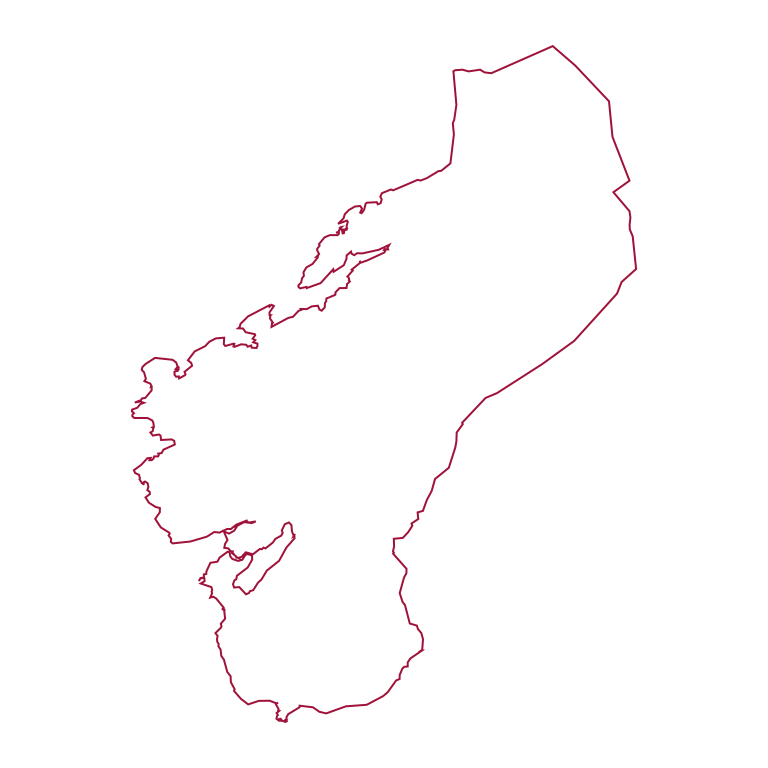 Rissa nor, Sør-Trøndelag, Norway
{"feature_id": "86288312B80275455305326", "entity_name": "Rissa nor", "entity_type": "district", "adm_level": 2, "iso_a3": "NOR", "parent_name": "Norway", "parent_adm1": "Sør-Trøndelag", "projection": "orthographic", "projection_center": [10.01, 63.676], "detail": "fine", "context": "isolated", "style": "outline", "palette": "rose", "viewbox_px": 768, "rotation_deg": 0, "n_neighbors": 0, "source": "geoboundaries", "source_scale": "gbopen_adm2", "svg_char_len": 6118}
<svg xmlns="http://www.w3.org/2000/svg" viewBox="0 0 768 768"><path d="M636.1,269.0L632.7,236.3L629.8,229.4L629.6,224.9L630.4,217.6L629.5,211.2L613.4,192.2L629.5,180.7L612.5,136.9L609.0,101.3L575.2,65.5L552.7,46.1L491.3,73.2L484.6,72.4L480.1,69.7L468.6,71.4L462.5,69.7L455.3,70.2L453.4,71.2L456.4,104.9L454.2,119.9L452.8,123.2L453.9,134.5L450.4,163.4L441.2,170.8L438.3,171.2L426.9,178.1L420.7,180.5L417.5,179.9L393.2,190.3L390.9,189.5L381.9,193.2L380.3,196.8L381.7,199.4L380.6,203.2L377.8,204.3L376.8,202.2L366.9,202.7L365.7,203.6L364.1,209.8L361.6,213.2L360.2,212.6L362.0,208.5L360.1,206.0L355.0,206.5L349.0,209.9L344.8,214.2L343.5,218.4L338.1,223.8L346.9,220.6L347.8,221.9L346.6,226.0L346.9,228.2L346.4,228.5L347.0,228.7L346.5,229.8L344.5,230.0L343.9,233.1L342.7,233.4L342.1,230.9L342.9,229.5L340.5,229.2L340.1,228.2L341.5,227.0L340.9,227.1L339.7,228.0L340.3,229.3L338.9,230.4L338.9,231.8L336.0,232.6L338.9,232.5L338.9,233.8L337.7,235.1L329.9,235.1L324.5,237.4L319.0,244.1L319.6,245.6L317.2,248.8L317.2,250.3L319.1,254.1L316.7,256.5L317.9,256.2L317.7,257.5L312.5,264.0L306.4,267.4L303.5,272.2L303.9,275.8L302.0,278.4L301.2,282.5L298.4,285.4L298.4,286.8L300.1,288.4L306.4,286.9L306.7,288.1L320.6,283.1L333.2,269.3L333.6,271.8L343.8,265.2L346.5,258.7L346.6,255.5L351.0,251.6L351.6,253.7L354.2,255.2L357.2,253.2L362.5,253.4L378.7,249.8L389.2,244.9L387.5,247.7L388.1,249.4L384.6,249.1L384.1,250.0L385.7,250.0L384.4,252.5L367.3,260.4L361.0,262.6L359.5,260.9L360.4,262.6L351.7,269.6L352.8,270.5L347.4,276.6L348.6,277.5L349.2,279.1L348.8,280.2L349.9,281.5L347.1,284.0L346.5,288.0L339.5,288.1L335.5,292.3L335.3,294.8L326.4,298.5L326.2,301.2L325.0,303.0L324.7,307.5L321.7,310.7L319.5,309.6L317.9,305.7L311.7,306.4L306.8,309.1L301.2,309.0L301.8,309.6L298.5,310.9L293.0,316.8L288.3,317.9L271.5,326.9L272.1,322.9L272.9,322.7L270.0,318.5L270.3,316.6L269.7,315.4L270.5,315.0L269.5,314.7L269.5,312.4L273.9,306.0L271.6,304.8L269.5,306.7L269.3,305.3L248.0,316.4L240.5,323.9L239.6,327.2L238.2,328.3L243.0,328.5L245.6,332.2L254.8,334.2L255.2,335.3L252.6,338.7L255.3,340.1L253.2,342.3L257.4,343.6L257.5,345.9L256.5,348.0L251.7,347.7L251.2,345.5L247.7,346.7L246.3,344.8L241.3,344.3L234.3,346.9L233.4,346.4L234.4,343.9L233.7,343.6L225.3,346.0L223.8,344.1L224.2,337.7L215.8,338.4L209.4,341.7L205.1,346.2L194.7,351.4L187.9,360.3L191.2,362.9L192.1,365.7L184.5,371.9L185.5,374.2L185.0,375.2L179.1,378.4L178.8,376.4L176.2,376.8L174.5,374.7L174.5,371.8L177.7,370.5L177.2,371.7L178.5,369.4L175.7,369.2L177.6,366.7L179.3,367.9L177.5,366.2L176.2,362.5L172.6,359.8L155.0,357.9L145.5,364.0L142.4,367.1L141.7,369.8L144.1,372.4L145.9,378.8L144.4,381.2L150.3,383.6L151.5,386.1L151.0,387.0L151.7,386.9L151.6,390.4L145.2,398.0L142.0,398.4L140.9,400.2L134.8,402.5L140.3,401.5L143.9,402.8L140.4,404.0L137.2,407.8L132.1,409.6L131.9,411.3L134.0,413.2L132.5,414.5L132.3,416.2L134.3,418.0L147.5,418.0L152.3,420.5L153.3,422.5L153.9,426.9L152.3,427.5L153.3,428.3L152.7,431.2L150.4,432.5L152.9,435.6L158.8,434.5L160.5,435.5L161.1,440.0L171.6,439.4L174.2,440.8L174.8,444.5L163.4,449.7L161.6,453.1L158.2,453.6L158.8,455.0L158.1,456.4L154.2,456.4L153.4,458.8L151.7,460.1L149.5,460.1L150.7,457.9L147.4,458.2L141.3,464.8L133.9,470.2L135.1,473.0L139.0,474.8L139.9,478.1L139.5,479.3L142.0,483.2L143.4,484.2L144.4,484.2L142.4,483.1L145.0,481.5L147.6,483.2L148.4,486.9L147.3,490.1L149.7,491.8L149.9,494.1L145.5,497.4L149.0,502.8L155.6,507.0L159.9,508.0L159.8,512.3L155.2,518.9L160.8,527.4L169.4,532.8L169.7,533.6L168.6,535.5L171.2,538.9L170.8,541.9L172.6,543.4L190.5,541.5L206.8,536.7L214.3,532.0L219.4,532.6L227.1,529.0L230.9,529.0L236.4,524.6L247.6,520.2L245.3,521.2L249.1,522.5L255.8,521.4L251.7,523.1L244.1,522.1L235.5,526.8L236.6,526.9L234.2,530.7L229.1,533.6L223.8,531.4L227.5,540.0L225.0,544.0L224.3,547.9L228.3,548.4L230.6,551.2L232.7,551.4L232.3,552.2L234.2,554.6L231.2,552.4L236.3,556.6L236.2,558.4L236.6,557.3L239.1,558.3L238.7,557.8L241.6,556.9L245.8,552.3L252.9,554.3L259.8,549.0L261.9,549.2L263.5,547.6L265.5,548.4L273.0,542.4L275.3,538.9L281.3,535.6L282.7,532.8L281.8,530.5L284.8,524.2L289.0,522.5L291.4,525.1L292.0,531.5L293.2,534.6L294.4,534.8L293.5,536.4L295.1,535.5L294.2,536.2L294.6,538.2L286.5,547.4L279.1,560.8L266.8,570.6L261.5,579.5L258.1,582.5L253.2,590.2L250.0,591.1L248.9,593.0L246.0,594.3L239.3,587.1L234.1,587.5L233.0,584.2L234.4,580.3L236.3,579.2L236.9,575.8L247.7,567.5L252.2,559.6L252.0,555.5L247.6,554.0L245.4,554.9L242.3,559.8L238.1,560.9L232.4,559.0L230.3,556.4L229.5,552.2L227.7,551.7L219.6,557.6L217.4,561.7L210.4,562.8L206.5,571.2L206.2,574.0L203.8,574.4L203.9,577.5L200.5,578.1L198.8,581.1L200.6,578.2L204.3,578.0L204.6,581.2L200.7,583.5L211.4,587.1L212.2,590.3L211.6,591.5L212.1,593.3L210.2,597.6L213.2,596.7L216.2,598.5L223.7,607.7L223.8,608.4L222.7,608.8L222.6,609.3L224.2,610.0L223.4,610.5L224.2,610.4L225.1,618.7L220.8,623.8L221.5,626.4L220.9,627.7L215.4,633.1L217.6,635.9L217.0,639.1L217.3,641.8L218.7,644.1L218.4,646.3L220.6,649.6L221.3,655.9L223.9,659.6L227.3,672.0L230.6,676.2L230.9,682.3L234.7,689.3L234.0,690.9L241.0,698.9L248.2,704.4L258.8,700.9L269.6,700.7L276.3,703.3L278.1,702.7L275.7,703.9L278.6,709.1L278.1,710.8L279.1,711.0L276.6,713.0L277.9,715.0L277.0,716.0L276.5,718.7L278.9,720.7L279.7,720.7L277.8,719.6L280.3,718.7L281.3,719.5L280.7,720.4L285.5,721.9L287.7,720.6L285.5,721.7L284.7,720.5L286.3,719.2L287.1,720.2L286.4,718.8L286.6,716.9L288.3,714.1L299.5,707.3L299.6,705.7L313.0,707.3L319.4,711.8L326.2,713.4L346.0,706.3L366.7,704.8L383.1,696.1L387.8,692.1L396.1,680.5L399.6,679.0L399.7,675.0L402.4,668.6L404.2,666.8L407.7,666.5L407.7,662.4L410.3,658.5L422.0,650.5L421.3,650.5L422.2,649.9L423.0,639.3L421.4,633.2L417.9,629.0L416.9,625.6L409.8,623.5L405.0,605.1L402.6,602.0L399.7,593.1L404.0,577.6L406.4,573.2L406.5,568.8L393.1,553.7L393.9,552.6L393.0,551.5L394.1,546.3L393.8,538.8L402.8,537.9L408.1,532.3L412.3,525.8L411.5,523.5L418.3,519.0L417.6,512.4L422.9,510.9L426.8,500.1L431.7,490.9L435.0,479.0L448.8,467.8L455.3,447.5L456.4,441.3L456.7,432.5L462.8,424.1L462.1,422.8L485.6,397.9L497.0,393.1L542.5,363.9L574.2,340.9L617.1,293.5L621.6,282.0L636.1,269.0Z" fill="none" stroke="#9f1239" stroke-width="2"/></svg>